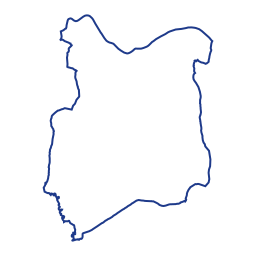 Rwamagana, Eastern, Rwanda (Natural Earth projection)
{"feature_id": "39286606B51470133526692", "entity_name": "Rwamagana", "entity_type": "district", "adm_level": 2, "iso_a3": "RWA", "parent_name": "Rwanda", "parent_adm1": "Eastern", "projection": "natural_earth1", "projection_center": [30.347, -1.979], "detail": "fine", "context": "isolated", "style": "outline", "palette": "blue", "viewbox_px": 256, "rotation_deg": 0, "n_neighbors": 0, "source": "geoboundaries", "source_scale": "gbopen_adm2", "svg_char_len": 5587}
<svg xmlns="http://www.w3.org/2000/svg" viewBox="0 0 256 256"><path d="M53.3,129.2L53.5,130.6L53.8,130.8L53.9,131.3L53.5,132.2L53.6,134.1L52.6,139.0L52.1,143.9L51.9,144.8L51.4,145.5L50.8,147.9L50.1,149.4L49.9,150.1L50.0,151.1L49.6,152.3L49.8,154.1L49.4,155.5L49.7,158.2L49.7,162.2L49.5,163.5L49.0,165.1L48.9,166.5L48.6,167.1L49.0,167.9L49.0,168.5L49.1,168.8L48.8,171.1L48.9,172.7L48.7,173.0L48.7,173.8L48.8,174.5L48.8,175.0L48.4,176.0L48.1,178.4L47.3,181.1L46.5,182.6L46.0,182.5L45.5,182.7L45.3,183.0L45.7,183.5L45.8,184.0L45.3,184.3L45.1,185.3L43.7,187.7L44.6,191.7L47.6,193.1L48.9,193.0L50.7,194.9L50.8,195.0L51.0,194.7L50.9,193.7L51.1,193.5L51.6,193.6L52.4,193.8L53.0,194.3L53.6,195.3L54.0,195.4L54.3,194.6L54.4,193.6L54.8,193.5L55.4,193.9L55.6,194.4L55.9,196.1L56.9,198.2L57.2,198.3L57.3,198.2L57.7,197.3L58.2,196.9L58.5,196.9L58.9,197.1L58.9,197.9L58.5,198.3L57.6,198.8L57.2,199.4L57.1,199.8L57.4,200.5L59.2,203.8L59.2,204.2L58.6,204.8L58.7,205.5L59.8,206.8L59.6,207.3L58.8,207.9L58.7,208.4L58.8,209.3L59.1,209.7L59.4,209.9L61.3,209.5L62.0,209.6L61.7,210.2L61.4,210.5L60.4,210.9L59.8,211.9L59.8,212.6L60.0,213.0L61.1,213.7L61.0,214.2L60.7,214.5L60.8,215.0L62.2,215.7L63.4,216.0L64.1,216.4L64.2,216.7L63.9,217.7L63.7,218.0L63.3,218.0L62.9,217.5L62.3,217.3L62.1,217.7L62.2,218.5L62.8,219.7L63.2,220.3L64.0,220.9L64.3,221.2L64.0,221.5L64.0,222.0L64.7,221.6L65.5,221.2L67.6,221.3L68.9,220.8L69.2,220.9L70.2,223.0L70.5,223.3L71.7,223.9L72.8,224.7L73.9,225.1L74.1,225.4L74.3,226.1L74.5,227.8L75.2,229.7L75.0,231.5L75.2,232.9L74.7,233.0L73.3,232.6L73.1,232.9L73.2,233.2L74.6,234.0L74.8,234.3L74.2,234.5L72.6,234.5L72.1,234.7L72.0,234.9L71.7,235.8L71.8,236.4L72.0,236.6L72.9,236.0L73.2,236.1L73.4,236.5L73.6,238.9L73.4,239.5L73.2,239.8L72.5,240.2L72.4,240.5L72.6,240.6L73.6,240.4L74.6,239.6L75.0,240.0L76.0,239.5L77.1,239.6L77.7,239.3L77.9,239.4L78.3,239.3L78.7,239.7L79.0,239.8L80.0,238.9L80.4,238.7L81.2,238.9L81.5,238.8L81.9,238.5L82.4,237.6L82.6,236.4L82.6,234.3L82.7,233.7L83.2,233.2L89.3,231.2L91.9,229.9L92.8,229.2L97.1,226.4L101.9,223.1L102.4,223.0L103.4,222.4L105.5,220.6L106.5,220.2L107.7,219.3L109.7,218.4L112.3,216.8L113.3,215.8L116.0,214.2L117.8,212.8L118.5,212.4L122.6,209.6L124.0,208.9L125.3,207.9L126.5,207.3L127.8,206.2L130.6,204.6L132.0,203.4L132.7,203.1L136.5,200.6L138.7,200.0L141.7,200.5L143.6,200.6L144.8,200.9L150.6,201.2L151.2,201.1L151.8,201.3L153.3,201.3L156.8,203.0L158.5,204.0L159.4,204.9L161.9,205.8L163.6,206.0L165.7,205.6L168.9,204.5L169.9,204.3L175.6,204.1L177.3,203.7L177.7,203.8L178.7,203.7L180.2,203.0L180.7,202.6L180.7,202.4L182.7,201.8L185.5,200.4L185.6,200.6L185.7,200.4L185.7,200.8L185.9,200.6L186.2,199.4L185.7,198.4L186.7,195.7L186.9,194.6L186.9,193.7L187.4,192.1L188.6,189.7L189.3,188.7L189.6,188.5L189.8,188.0L190.4,187.2L195.3,184.1L196.5,184.2L198.0,183.9L199.2,184.1L205.3,186.2L208.6,182.5L209.3,179.1L208.6,172.8L209.0,169.5L210.1,166.3L210.4,159.4L209.0,150.8L205.3,146.4L204.8,144.2L203.6,142.6L202.8,140.2L202.4,136.9L202.5,136.3L202.4,135.6L201.4,132.4L201.1,130.3L201.4,129.1L201.3,127.2L200.8,124.8L200.8,124.1L200.6,123.6L200.5,121.8L200.2,121.2L200.3,120.7L200.1,119.6L199.7,117.6L199.8,116.6L200.2,115.7L200.2,115.2L200.5,114.9L201.0,112.2L200.6,108.6L200.6,107.4L200.4,106.3L200.4,104.3L200.0,103.4L200.1,102.3L200.1,99.8L200.4,98.8L200.7,97.2L200.7,95.9L199.9,91.7L198.4,87.0L196.4,83.6L196.2,83.2L194.5,80.9L193.6,79.3L193.3,77.4L193.4,75.8L193.6,74.8L194.3,73.6L195.1,73.0L194.4,71.9L194.1,71.1L194.3,68.3L194.0,67.6L193.7,66.4L193.5,66.0L193.9,65.5L193.7,64.2L194.0,63.5L194.0,63.0L194.4,62.3L194.7,61.2L194.9,61.0L194.7,60.7L195.0,60.5L195.4,60.7L195.9,60.5L196.2,60.6L196.4,61.0L197.7,59.9L198.4,60.9L201.2,62.4L203.3,62.8L205.7,63.8L206.3,63.4L206.7,63.4L208.3,62.1L208.6,61.8L208.7,60.9L208.7,60.2L209.3,57.8L209.4,56.7L210.0,53.9L210.6,51.9L211.2,50.7L211.2,49.6L210.9,49.0L210.7,48.1L211.4,43.4L211.7,42.4L212.3,41.1L211.6,40.5L209.3,37.7L208.0,36.5L201.9,31.1L199.2,29.2L195.8,28.0L194.2,27.7L191.5,27.4L188.1,27.5L185.8,28.1L181.5,28.9L175.7,29.5L170.0,31.4L168.2,32.2L165.3,34.1L160.8,36.4L156.1,39.1L153.4,41.2L152.2,41.9L149.1,45.0L147.9,46.0L146.7,46.7L143.4,48.0L141.3,48.6L139.7,48.7L135.5,48.6L134.7,49.0L132.6,50.9L130.7,52.2L129.1,53.0L127.8,53.4L126.9,53.4L124.2,52.6L122.4,51.5L120.3,50.2L119.5,49.5L118.6,49.0L113.8,44.1L113.3,43.7L111.4,43.0L109.4,42.5L107.5,41.5L106.3,40.6L104.3,38.0L101.2,33.1L100.8,32.8L100.2,31.7L95.4,23.8L93.0,19.4L91.9,18.0L89.8,16.1L88.7,15.6L87.4,15.4L86.4,15.4L85.0,15.7L83.2,16.7L78.6,20.1L77.2,20.9L76.2,21.1L75.5,21.1L74.6,20.8L73.8,20.4L71.9,18.9L71.0,18.5L70.3,18.4L68.7,19.0L68.2,19.4L67.7,20.4L66.6,25.1L66.4,27.3L66.0,28.4L65.8,28.4L64.9,29.0L64.4,29.5L63.1,30.4L60.8,31.4L61.6,36.1L61.6,36.6L61.3,38.3L60.5,39.7L60.8,40.0L61.4,39.7L62.5,39.7L63.4,40.1L64.6,41.1L65.5,41.4L66.9,42.0L68.8,42.7L69.8,43.5L70.5,43.5L71.0,44.8L71.3,45.1L71.7,45.3L71.3,45.9L69.0,48.1L68.7,48.8L68.7,49.3L68.9,50.5L68.6,51.7L67.5,52.7L67.3,53.1L67.5,54.8L67.0,57.6L67.5,64.0L67.3,66.8L67.8,67.0L68.1,67.3L69.2,67.5L71.6,68.2L72.6,68.3L74.1,69.5L75.0,69.9L75.2,70.2L75.6,70.2L75.9,70.5L76.0,70.4L76.6,70.9L75.8,71.8L75.4,73.0L75.5,74.3L75.2,76.9L75.4,78.2L76.6,81.4L76.9,83.7L77.4,85.9L77.8,86.4L77.8,87.3L78.1,88.1L78.2,88.7L78.8,89.7L78.9,90.1L79.2,95.7L79.2,96.3L79.1,96.7L76.5,99.8L75.0,103.7L73.1,105.7L71.7,109.6L65.5,108.3L64.7,108.2L62.7,109.1L61.9,109.2L58.7,110.5L57.8,110.6L55.5,112.4L53.6,114.1L52.1,115.6L51.8,116.2L51.5,118.1L51.1,118.9L50.7,120.6L50.9,122.1L51.2,123.0L51.3,125.8L51.4,126.3L52.0,127.0L52.7,128.4L53.3,129.2Z" fill="none" stroke="#1e3a8a" stroke-width="2"/></svg>